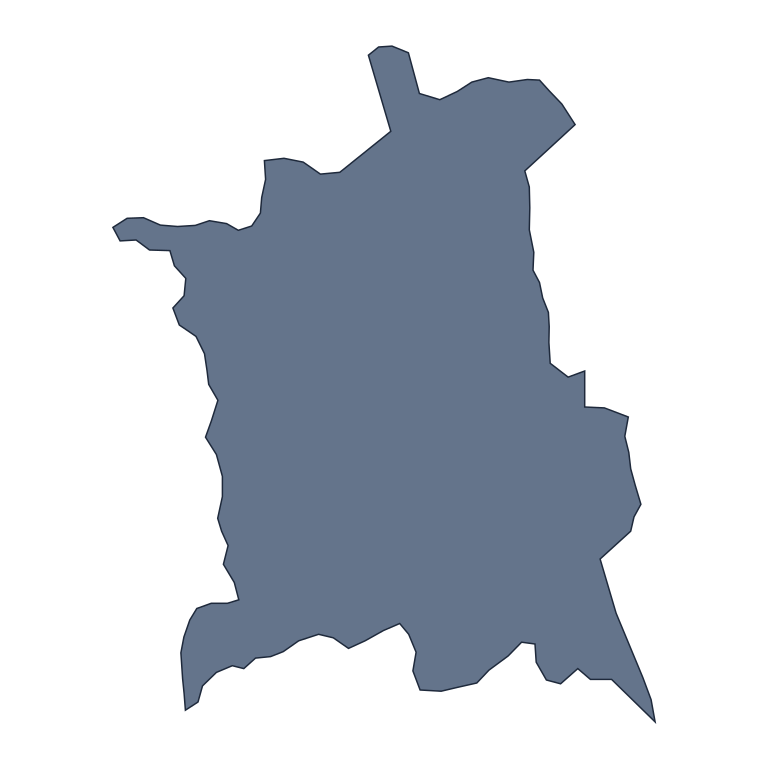 outline of São Sebastião do Caí, Rio Grande do Sul, Brazil
{"feature_id": "56859067B90452711270544", "entity_name": "São Sebastião do Caí", "entity_type": "district", "adm_level": 2, "iso_a3": "BRA", "parent_name": "Brazil", "parent_adm1": "Rio Grande do Sul", "projection": "robinson", "projection_center": [-51.346, -29.585], "detail": "fine", "context": "isolated", "style": "filled", "palette": "slate", "viewbox_px": 768, "rotation_deg": 0, "n_neighbors": 0, "source": "geoboundaries", "source_scale": "gbopen_adm2", "svg_char_len": 1679}
<svg xmlns="http://www.w3.org/2000/svg" viewBox="0 0 768 768"><path d="M238.3,230.3L226.6,223.6L209.4,220.7L195.3,225.4L177.6,226.5L160.4,225.1L143.5,217.7L127.1,218.3L112.9,227.4L120.1,240.9L136.1,240.0L149.5,250.0L169.9,250.6L174.4,265.8L185.8,278.4L184.1,295.7L172.9,308.0L179.3,325.0L196.0,336.4L204.5,353.7L207.0,370.4L208.7,384.4L217.9,400.3L211.4,420.8L205.5,437.2L216.4,454.5L222.4,476.4L222.4,496.6L217.7,518.3L221.6,531.2L228.1,545.6L223.4,564.3L234.3,582.5L238.8,599.8L227.4,603.3L211.2,603.3L196.8,608.5L189.8,620.0L183.9,637.0L180.9,652.8L182.6,678.6L184.1,693.5L185.4,710.2L198.0,702.0L202.5,685.9L216.4,672.4L232.3,665.7L243.8,668.6L255.5,658.1L270.6,656.6L283.3,651.6L298.7,640.8L318.6,634.3L333.3,637.8L348.5,648.4L365.1,640.8L383.5,630.5L399.7,623.5L408.7,634.3L416.1,652.2L412.9,670.9L420.1,690.0L441.2,691.2L456.4,687.6L476.8,683.0L489.0,670.1L508.1,656.0L521.6,642.2L535.0,644.0L536.2,662.2L546.4,680.0L560.6,683.8L577.8,668.6L590.4,679.4L611.6,679.4L655.1,721.9L651.1,699.7L642.9,677.7L616.1,613.2L600.1,559.0L630.7,531.2L634.0,516.9L640.9,504.3L635.2,485.2L630.7,468.8L628.8,452.4L624.8,436.3L628.3,417.0L604.4,407.9L584.7,407.0L584.7,371.0L568.1,377.1L550.2,363.3L548.9,342.5L549.2,326.7L548.4,312.4L542.7,298.0L539.5,282.5L533.0,270.2L533.8,252.3L529.3,229.8L529.8,207.8L529.3,187.0L524.8,170.9L575.1,124.6L561.9,104.1L549.0,90.6L539.5,80.1L527.3,79.5L508.9,82.1L488.3,77.7L471.8,82.1L457.2,91.5L439.8,99.7L419.4,93.5L408.4,52.8L392.0,46.1L378.6,47.0L368.4,55.2L390.8,131.3L339.8,172.3L320.4,174.1L303.2,162.1L284.0,158.3L264.4,160.6L265.6,179.4L261.7,197.5L260.4,213.1L251.7,226.0L238.3,230.3Z" fill="#64748b" stroke="#1e293b" stroke-width="1.5"/></svg>